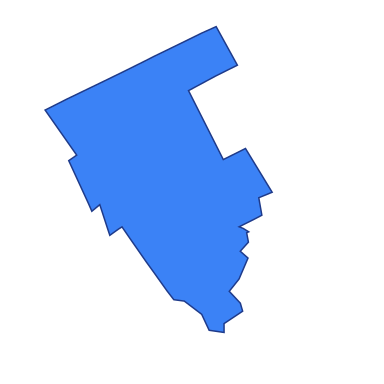 outline of Tolland, Connecticut, United States of America, rotated 333°
{"feature_id": "52423323B70359204193032", "entity_name": "Tolland", "entity_type": "district", "adm_level": 2, "iso_a3": "USA", "parent_name": "United States of America", "parent_adm1": "Connecticut", "projection": "mercator", "projection_center": [-72.337, 41.811], "detail": "fine", "context": "isolated", "style": "filled", "palette": "blue", "viewbox_px": 384, "rotation_deg": 333, "n_neighbors": 0, "source": "geoboundaries", "source_scale": "gbopen_adm2", "svg_char_len": 776}
<svg xmlns="http://www.w3.org/2000/svg" viewBox="0 0 384 384"><g transform="rotate(333 192 192)"><path d="M98.3,52.3L106.0,106.8L96.4,108.1L94.5,155.6L94.0,163.7L104.1,161.4L100.1,186.7L99.1,193.3L109.4,191.7L113.8,191.3L115.0,200.5L115.6,205.1L119.5,233.5L121.3,245.0L124.9,269.1L126.9,279.7L135.6,285.7L145.1,305.4L144.5,323.0L156.8,331.7L160.8,323.8L183.0,321.2L184.6,313.0L180.1,297.4L194.4,290.9L211.9,276.3L208.1,266.7L219.5,262.3L222.2,253.1L224.4,253.2L221.1,247.7L218.2,244.4L223.1,244.4L235.2,244.5L243.7,244.4L248.9,227.4L263.3,228.6L259.4,177.5L234.6,177.3L234.9,100.1L265.4,99.4L290.0,99.6L288.6,55.6L272.9,54.8L240.5,54.3L219.7,53.9L209.8,53.9L188.1,53.7L164.8,53.3L150.6,53.0L122.9,52.4L98.3,52.3Z" fill="#3b82f6" stroke="#1e3a8a" stroke-width="1.5"/></g></svg>